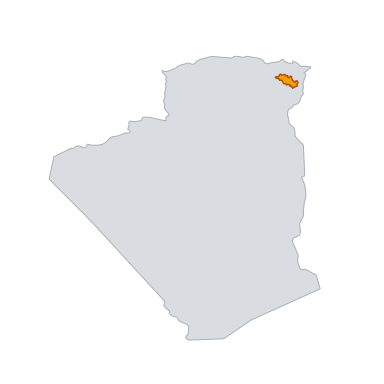 Algeria, with Oum el Bouaghi highlighted, rotated 10°
{"feature_id": "DZA-2221", "entity_name": "Oum el Bouaghi", "entity_type": "Province", "adm_level": 1, "iso_a3": "DZA", "parent_name": "Algeria", "parent_adm1": "", "projection": "robinson", "projection_center": [7.045, 35.82], "detail": "fine", "context": "in_parent", "style": "filled", "palette": "amber", "viewbox_px": 384, "rotation_deg": 10, "n_neighbors": 0, "source": "natural_earth", "source_scale": "10m", "svg_char_len": 5453}
<svg xmlns="http://www.w3.org/2000/svg" viewBox="0 0 384 384"><g transform="rotate(10 192 192)"><path d="M286.8,48.1L287.1,49.0L287.1,49.8L285.9,50.6L285.0,51.0L284.0,53.1L282.2,54.5L281.9,54.9L281.9,55.3L283.2,55.9L283.6,56.5L283.8,57.3L283.2,60.2L282.4,65.3L282.5,66.4L283.0,67.8L283.4,68.8L283.6,70.0L283.4,72.9L284.0,74.5L284.5,76.1L283.4,78.0L282.9,79.7L282.6,82.1L282.5,83.7L281.8,85.1L280.9,86.4L279.8,87.3L278.5,88.0L277.0,88.9L275.8,91.4L273.2,93.5L272.7,94.2L272.4,95.9L272.5,98.3L273.0,100.1L274.2,102.8L275.3,105.9L275.6,107.4L276.1,107.9L277.6,108.9L280.3,110.3L280.8,110.8L282.2,112.9L283.4,116.6L283.8,119.1L288.6,122.9L293.2,126.2L293.6,126.7L296.1,138.0L297.0,142.0L300.2,156.5L298.9,157.3L297.4,158.4L298.5,160.3L300.7,163.5L302.0,166.1L302.4,167.2L303.4,170.4L304.3,173.5L304.5,174.6L304.8,176.9L304.5,183.5L305.1,191.9L306.0,196.1L304.7,199.8L303.7,203.4L303.8,205.2L304.4,208.0L305.0,210.1L305.8,211.2L305.6,214.7L305.3,216.0L302.9,217.8L300.2,219.5L299.5,221.0L299.3,222.6L299.7,223.8L307.4,235.7L307.7,236.9L307.8,240.3L309.1,244.5L310.5,246.3L311.0,247.7L312.0,248.7L313.0,249.4L313.6,249.5L317.0,248.4L322.9,250.3L328.5,252.2L328.9,252.6L332.1,259.0L335.0,265.1L272.5,307.8L265.6,314.4L249.4,330.4L248.1,331.1L226.8,335.8L215.7,338.2L215.1,338.3L214.5,338.4L214.0,338.3L213.1,337.9L211.9,337.0L211.2,336.5L211.0,335.7L211.4,334.7L212.0,333.8L212.2,333.1L212.6,332.6L213.1,332.1L213.1,331.5L212.7,330.5L212.4,329.1L212.4,326.5L212.4,325.4L211.4,324.4L209.5,323.3L207.7,322.7L206.9,322.5L204.9,322.1L202.2,321.4L201.3,320.9L199.5,318.6L198.7,318.0L194.6,317.6L193.2,317.2L192.1,316.6L191.2,315.8L190.7,314.5L190.5,313.5L190.2,313.0L185.7,310.4L184.6,309.6L184.0,308.7L184.0,307.6L184.1,306.1L183.9,304.8L183.7,304.1L105.6,244.3L101.4,241.2L91.9,234.2L49.0,204.1L49.8,182.5L49.9,181.4L50.2,181.0L51.6,180.2L53.9,178.3L54.7,177.5L55.8,176.7L59.5,174.3L60.3,173.6L64.0,170.8L64.8,170.3L66.7,170.1L67.5,169.5L68.6,168.4L70.3,167.1L71.3,166.5L71.6,166.4L72.2,166.3L75.5,166.7L76.9,167.0L78.5,167.2L79.0,167.0L79.5,166.6L80.1,165.7L80.3,164.7L80.4,163.7L80.5,163.3L80.8,163.1L81.5,163.2L82.4,163.3L84.4,163.3L85.1,163.2L87.3,163.0L90.4,162.4L95.0,160.9L97.1,159.3L98.8,157.6L100.5,155.0L101.9,152.7L104.5,151.3L106.7,150.5L108.0,150.1L110.8,148.9L115.6,145.5L119.4,145.0L119.9,144.6L120.5,144.1L120.6,143.0L119.9,142.3L119.2,141.9L118.6,141.4L118.1,141.4L117.8,140.9L118.0,139.9L118.1,139.1L118.5,138.2L118.4,137.0L117.9,135.8L117.8,134.9L117.8,134.0L118.1,133.4L118.9,132.9L119.9,132.7L121.2,133.0L123.4,132.7L129.2,130.6L129.7,129.9L130.1,128.5L130.5,127.2L131.1,126.8L131.5,126.7L136.1,125.9L137.1,125.8L145.7,126.2L153.1,126.5L153.8,126.2L153.8,125.2L153.3,123.5L153.7,122.4L154.7,121.4L156.1,120.3L155.5,119.0L154.5,118.1L153.0,117.0L152.3,116.5L151.0,115.2L150.2,113.7L149.8,110.5L148.8,108.8L148.1,106.6L148.9,102.6L148.0,100.1L147.8,99.1L147.9,97.8L148.2,95.7L148.1,92.7L147.0,89.6L147.6,88.5L147.9,88.0L147.8,87.5L146.8,86.5L146.4,85.7L146.6,85.0L147.2,83.8L147.2,83.4L145.5,82.0L142.7,79.8L142.0,78.9L141.6,77.7L144.3,78.0L145.7,77.9L149.0,76.4L151.6,74.5L153.7,73.5L155.5,71.4L157.1,70.0L159.4,68.6L166.1,65.5L167.1,65.5L169.3,66.2L171.2,65.9L172.5,64.9L173.9,62.2L176.1,60.6L178.9,59.0L182.6,57.5L185.1,56.1L188.9,54.9L198.5,54.1L203.5,53.4L206.8,53.6L210.2,51.3L211.9,50.6L219.3,50.4L222.7,48.8L235.8,48.8L237.4,49.3L239.0,50.2L241.6,52.3L242.9,52.8L244.7,52.4L248.7,50.4L253.2,49.3L255.7,48.1L256.8,46.4L258.9,45.7L260.1,47.1L264.8,48.4L267.7,48.0L268.9,47.6L268.5,45.6L271.5,46.2L273.9,47.1L276.3,49.1L277.9,49.4L280.8,48.6L286.8,48.1Z" fill="#d9dde1" stroke="#a8b0b8" stroke-width="1"/><path d="M256.0,65.4L254.3,64.9L254.3,64.4L254.5,64.1L254.9,64.0L255.5,63.8L256.3,63.6L257.0,63.3L257.4,63.0L257.6,62.8L257.7,62.5L257.7,62.3L257.7,61.8L257.8,61.5L258.0,61.2L258.3,60.9L258.7,60.7L258.9,60.6L259.1,60.6L259.3,60.6L259.7,61.0L260.0,61.5L260.2,61.4L260.3,61.3L260.3,61.2L261.0,60.9L261.4,60.7L262.1,60.5L262.3,60.4L262.5,60.2L262.9,60.2L264.1,60.9L264.2,61.1L264.2,61.4L264.2,61.5L264.4,61.5L264.7,61.3L265.1,61.0L265.3,60.9L265.5,60.9L265.9,60.8L266.0,61.2L266.0,61.4L266.1,61.7L266.2,61.8L266.3,61.9L266.5,62.1L266.6,62.4L266.6,62.5L266.8,62.6L267.2,62.5L267.5,62.4L268.1,62.1L268.3,62.0L268.5,61.7L268.6,61.2L268.7,60.9L269.0,60.9L269.6,60.9L270.1,61.2L270.1,62.0L270.7,63.2L271.1,63.8L271.3,64.0L271.8,64.6L272.0,64.7L272.2,64.8L272.8,65.0L273.0,65.1L273.1,65.3L273.3,65.8L273.5,65.9L274.3,66.0L274.6,65.9L274.7,65.6L274.7,65.4L274.8,65.3L275.1,65.0L275.2,64.9L275.2,64.6L275.4,64.4L275.6,64.3L275.9,64.3L276.2,64.5L276.4,64.6L277.4,65.5L277.3,65.8L277.3,66.1L277.3,66.3L276.8,67.5L276.8,67.9L276.8,68.2L277.0,68.9L277.1,69.2L277.0,69.5L276.8,69.6L276.6,69.7L276.4,69.7L276.2,69.8L273.1,72.2L272.8,71.8L272.4,71.5L272.2,71.4L272.1,70.8L271.9,70.7L271.7,70.8L271.4,70.8L271.1,70.3L270.9,70.2L270.7,70.1L270.5,70.3L270.3,70.6L270.2,70.7L269.9,70.6L269.9,70.0L269.8,69.7L269.6,69.5L269.3,69.4L269.1,69.3L268.8,69.3L268.7,69.3L268.6,69.5L267.8,69.4L267.6,69.4L267.5,69.5L267.3,69.7L267.1,69.9L266.8,70.1L266.4,70.1L266.2,69.9L265.9,69.3L265.8,69.2L265.6,69.2L264.0,69.4L263.7,69.4L263.4,69.3L263.2,69.2L262.9,68.7L262.6,68.3L261.7,67.0L261.0,66.5L260.7,66.4L260.4,66.4L260.1,66.5L259.3,66.8L259.1,66.8L258.9,66.8L258.8,66.6L258.7,66.4L258.8,66.2L258.7,65.8L258.6,65.7L257.8,65.6L257.6,65.6L257.4,65.4L257.0,65.1L256.9,65.1L256.6,65.4L256.3,65.4L256.0,65.4Z" fill="#f59e0b" stroke="#b45309" stroke-width="1.5"/></g></svg>